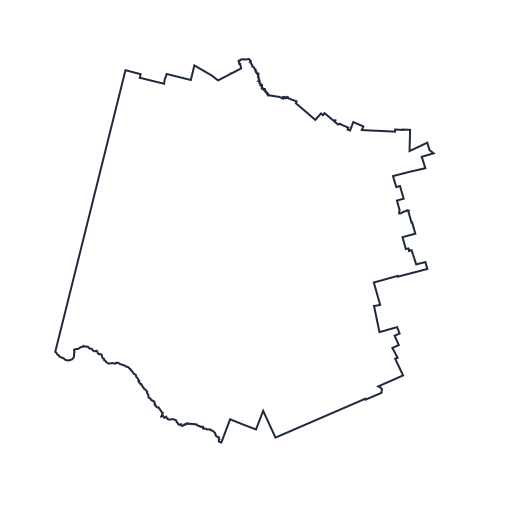 Bourke, New South Wales, Australia (Robinson projection), rotated 284°
{"feature_id": "25037944B48990901921332", "entity_name": "Bourke", "entity_type": "district", "adm_level": 2, "iso_a3": "AUS", "parent_name": "Australia", "parent_adm1": "New South Wales", "projection": "robinson", "projection_center": [144.371, -29.996], "detail": "fine", "context": "isolated", "style": "outline", "palette": "slate", "viewbox_px": 512, "rotation_deg": 284, "n_neighbors": 0, "source": "geoboundaries", "source_scale": "gbopen_adm2", "svg_char_len": 5943}
<svg xmlns="http://www.w3.org/2000/svg" viewBox="0 0 512 512"><g transform="rotate(284 256 256)"><path d="M395.0,379.6L415.7,375.0L414.2,367.8L413.8,367.9L412.4,360.4L410.3,360.9L403.8,328.2L407.7,328.8L409.5,318.0L400.5,316.9L400.8,314.3L402.9,314.5L404.4,304.8L404.5,304.9L404.5,304.7L403.4,303.7L405.2,300.1L406.8,300.3L406.8,299.7L405.6,299.4L411.2,287.9L408.8,286.9L410.0,284.6L402.4,280.6L406.7,272.2L413.8,257.8L415.8,258.0L416.9,248.6L417.7,248.7L417.9,246.4L417.6,246.9L417.1,247.2L416.7,247.2L416.1,246.5L416.1,246.2L416.6,246.2L416.7,245.6L417.2,245.2L416.7,243.6L416.4,243.4L416.1,244.3L415.1,244.0L415.6,242.9L416.0,240.2L415.0,229.5L415.2,229.4L414.9,229.1L415.6,228.8L415.3,228.1L415.5,227.9L415.6,228.1L416.5,227.9L417.3,227.2L417.5,226.3L417.2,225.8L417.4,225.5L418.1,225.3L418.2,225.5L418.4,225.5L418.6,225.2L418.6,224.9L418.8,224.9L419.4,224.4L420.0,224.5L420.1,224.4L420.2,224.0L419.9,223.4L419.5,223.2L420.2,222.8L420.2,222.3L419.9,221.9L420.3,221.9L420.4,221.3L420.7,221.5L421.2,220.9L422.0,220.8L422.2,220.2L422.8,220.7L423.0,220.6L423.0,220.0L423.4,219.6L423.0,219.5L423.0,219.1L423.5,219.4L423.5,219.0L424.6,218.0L424.6,217.5L425.6,217.5L426.1,217.1L426.2,216.5L426.4,216.8L426.9,216.6L427.0,217.0L427.3,216.9L427.6,216.6L427.8,216.0L428.2,216.0L429.4,215.5L429.6,215.1L430.0,215.3L430.1,214.8L431.0,214.3L431.5,214.3L431.9,214.5L432.3,214.4L432.6,214.6L433.3,214.3L433.6,213.9L433.7,213.5L433.2,212.8L433.4,212.6L433.8,213.1L433.9,212.7L434.5,212.1L434.3,212.0L434.4,211.4L435.4,210.7L436.4,210.6L436.3,210.4L436.1,210.3L436.2,210.0L436.4,209.9L436.4,210.2L436.5,210.2L437.0,210.0L437.2,209.5L438.6,208.3L438.7,207.5L438.9,207.2L438.9,206.6L439.4,206.4L439.6,206.5L439.9,206.1L440.4,206.0L440.6,205.6L440.9,205.2L441.5,204.9L441.8,204.5L442.2,204.3L442.5,203.6L442.8,204.0L443.2,203.6L443.9,203.6L443.8,203.1L444.2,203.0L444.2,202.8L445.0,202.2L445.4,201.4L445.0,200.2L444.5,199.3L444.3,198.7L444.0,198.0L443.8,197.2L444.0,196.8L443.7,196.2L443.8,195.8L442.7,193.4L441.9,193.3L441.4,192.9L441.5,192.3L441.1,191.9L438.2,193.4L438.5,194.2L434.4,196.2L427.5,188.4L427.3,187.9L427.2,188.0L417.2,176.7L420.4,169.4L426.0,150.1L411.0,150.2L411.0,125.2L408.8,125.2L405.6,124.7L400.9,125.1L400.8,100.1L404.5,100.1L404.7,84.4L114.4,84.4L113.8,85.8L113.1,86.2L112.7,86.6L112.3,87.3L112.2,87.8L111.8,88.8L111.3,89.0L111.0,89.5L110.3,92.1L110.5,92.7L110.1,94.0L109.7,95.1L109.2,95.8L109.0,97.1L109.2,97.7L109.1,98.8L109.6,100.1L109.9,100.4L110.1,100.9L111.1,102.4L113.2,103.6L114.7,103.7L117.8,103.0L118.8,103.2L120.0,102.4L120.5,102.2L120.9,102.2L121.5,102.5L121.7,102.8L121.8,103.6L122.1,103.9L122.4,104.6L122.5,105.5L123.3,106.2L123.9,107.0L125.0,107.8L125.5,108.5L126.1,110.0L126.6,110.7L127.0,110.6L126.7,112.4L127.3,113.5L127.1,114.2L127.1,115.4L126.3,116.2L125.9,117.0L126.0,118.0L126.3,118.9L125.1,120.2L124.4,122.0L124.5,122.6L125.5,124.0L125.5,124.4L125.0,125.1L123.8,125.7L122.9,126.8L122.7,127.7L123.3,128.7L122.7,130.2L120.2,131.5L119.8,132.0L119.4,133.5L118.4,133.7L118.0,134.0L117.9,135.1L116.7,136.5L116.3,137.8L116.0,139.3L117.4,142.8L117.3,143.9L117.4,144.8L117.8,145.9L118.4,146.0L118.4,146.7L118.9,147.3L119.0,148.2L118.1,150.6L118.3,151.4L117.9,153.1L118.1,154.7L118.0,155.3L117.5,155.9L117.2,156.8L117.4,158.2L117.3,158.6L116.7,159.9L115.9,160.8L115.8,161.8L114.7,162.5L114.3,163.8L113.2,164.7L112.2,165.9L112.1,166.5L111.9,166.9L111.9,167.1L111.7,168.0L109.7,169.1L108.5,171.0L107.1,172.1L106.7,172.9L106.3,172.9L106.3,172.3L106.1,172.2L105.0,173.5L104.5,173.8L104.3,174.4L104.0,174.8L104.0,175.4L103.5,175.4L103.2,176.4L103.0,176.8L101.8,177.5L101.3,178.1L101.1,178.7L100.2,179.2L100.0,180.1L99.0,181.9L98.3,182.9L97.9,183.2L96.9,183.3L95.5,184.9L95.0,185.3L93.2,185.7L92.5,186.2L92.3,187.6L91.7,188.5L91.2,188.8L90.8,189.5L90.9,189.9L90.4,190.3L90.4,190.7L90.6,191.4L90.5,191.7L89.8,192.8L88.7,193.4L88.3,193.5L88.3,193.3L88.1,193.3L87.3,193.6L86.9,194.0L87.1,194.2L86.8,194.9L86.2,195.3L85.5,196.0L85.2,196.7L85.2,197.2L85.5,197.8L85.5,198.2L84.7,198.8L84.0,199.9L82.9,200.9L82.5,201.7L81.7,202.2L81.4,202.6L81.2,203.5L77.1,202.9L77.1,203.0L78.5,204.5L76.8,206.2L78.3,207.8L77.4,208.4L76.7,209.2L76.8,209.7L76.3,210.1L76.2,210.9L76.7,212.9L77.2,213.9L77.7,214.6L77.5,215.4L77.4,217.9L77.2,218.2L75.7,219.1L75.5,220.1L74.6,220.5L74.3,220.8L74.2,221.4L73.7,222.1L73.5,222.6L74.5,223.7L74.7,224.1L74.5,224.3L73.5,224.7L73.2,225.1L73.3,225.6L74.0,226.5L75.4,227.3L75.4,227.8L75.1,228.1L75.3,228.5L76.8,229.1L77.0,229.4L77.1,230.1L76.7,230.4L76.9,230.7L76.8,231.3L77.3,232.6L77.4,232.9L77.2,233.3L77.8,234.9L77.6,236.2L78.1,236.8L77.9,238.5L78.2,239.2L77.4,240.2L77.2,240.9L77.4,241.6L77.3,242.7L76.8,243.4L77.2,244.4L77.5,245.9L77.3,246.1L76.4,245.9L75.8,246.3L76.1,246.9L75.9,247.5L76.3,249.1L75.9,250.0L75.9,250.7L76.4,252.2L76.4,253.1L76.6,253.4L76.3,253.8L76.4,254.2L75.9,254.5L76.0,256.1L74.6,258.8L74.2,259.3L73.0,259.6L72.7,260.2L72.0,260.4L71.8,260.7L71.6,261.6L71.2,262.2L71.2,263.6L71.0,264.0L70.5,264.2L69.5,264.2L68.9,264.5L68.8,264.8L68.3,264.5L67.2,264.7L66.7,265.8L66.6,266.4L66.8,267.1L66.7,267.5L91.3,270.4L89.4,283.9L87.7,298.0L107.5,300.4L84.5,318.8L143.9,396.5L143.1,397.0L153.5,410.8L153.9,410.9L155.0,410.6L156.9,410.4L157.6,410.1L158.0,409.5L158.0,409.1L158.2,408.7L159.0,407.9L159.1,407.3L158.9,406.4L159.0,406.1L175.7,427.6L190.0,415.9L191.5,418.0L199.8,410.6L204.1,416.1L212.2,409.8L215.5,414.1L221.1,410.1L212.0,394.2L236.1,382.6L236.5,383.8L238.6,388.3L258.8,376.7L263.9,385.9L264.0,385.9L271.0,398.3L270.3,398.7L284.9,425.4L291.1,421.8L286.6,413.5L299.3,405.5L297.9,403.2L299.4,402.9L299.5,402.5L300.2,402.0L299.0,399.7L309.7,393.6L316.2,405.2L326.3,399.4L326.0,398.8L335.7,393.3L336.9,393.4L337.1,391.7L336.5,391.6L334.1,387.7L333.1,387.1L331.9,385.2L332.1,384.4L335.3,384.2L343.9,379.3L347.3,385.4L358.7,378.8L356.8,375.4L366.7,369.6L374.5,384.0L382.2,399.1L392.4,392.8L398.6,403.5L400.8,398.7L407.4,394.8L395.0,379.6Z" fill="none" stroke="#1e293b" stroke-width="2"/></g></svg>